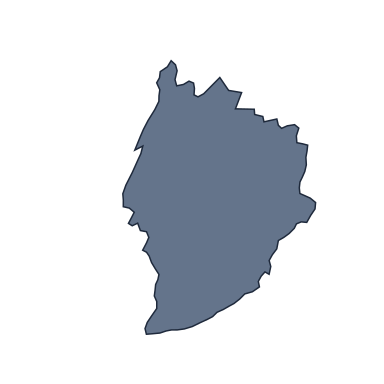 Arabutã, Santa Catarina, Brazil, rotated 232°
{"feature_id": "56859067B92044230546448", "entity_name": "Arabutã", "entity_type": "district", "adm_level": 2, "iso_a3": "BRA", "parent_name": "Brazil", "parent_adm1": "Santa Catarina", "projection": "equal_earth", "projection_center": [-52.181, -27.135], "detail": "fine", "context": "isolated", "style": "filled", "palette": "slate", "viewbox_px": 384, "rotation_deg": 232, "n_neighbors": 0, "source": "geoboundaries", "source_scale": "gbopen_adm2", "svg_char_len": 1608}
<svg xmlns="http://www.w3.org/2000/svg" viewBox="0 0 384 384"><g transform="rotate(232 192 192)"><path d="M299.8,231.4L292.4,229.6L288.1,225.2L283.8,221.7L279.8,213.4L275.4,201.4L271.2,192.2L267.7,185.8L260.2,172.7L258.5,181.5L253.7,175.3L251.0,170.0L244.2,157.1L238.1,144.1L233.2,136.4L227.9,132.9L222.7,128.8L217.9,132.7L211.6,134.0L208.8,128.0L206.4,122.6L202.2,124.1L200.9,130.0L193.4,127.6L188.7,131.7L182.8,130.0L180.0,125.0L176.5,117.3L172.5,119.1L167.9,118.8L161.3,116.7L154.0,115.8L147.4,115.2L143.9,111.1L141.5,106.4L137.3,102.4L133.3,98.3L127.4,96.8L121.9,92.5L119.2,83.8L116.8,76.5L113.3,70.9L108.0,68.5L104.7,73.5L100.6,79.9L98.4,86.1L96.0,90.8L92.4,95.5L88.8,101.7L85.8,109.4L84.0,118.0L82.1,126.1L81.1,131.5L81.8,137.6L80.1,144.7L79.3,150.5L78.3,156.4L78.3,163.7L79.2,170.8L76.2,178.2L75.7,186.7L80.7,189.2L83.1,194.7L84.1,200.3L79.7,202.1L84.8,208.2L90.5,210.6L93.1,216.7L95.0,223.8L100.6,230.2L99.7,236.7L99.5,243.1L100.4,250.2L102.6,254.7L101.2,259.7L97.4,263.7L100.5,271.1L102.9,278.5L107.6,282.9L114.4,281.4L119.9,278.5L124.4,276.1L129.2,279.1L133.4,283.2L135.8,288.1L138.7,293.5L143.0,298.8L149.2,303.1L153.4,307.8L157.7,312.0L161.9,308.8L166.3,305.0L172.0,308.8L176.6,315.5L181.9,314.3L185.5,307.8L187.0,301.8L191.4,301.1L197.3,303.8L203.0,291.9L207.9,294.3L214.5,289.1L218.9,292.0L230.8,277.4L239.8,292.3L249.5,283.4L265.1,284.4L262.2,261.7L263.3,255.3L267.3,253.4L272.1,257.7L276.9,260.3L281.2,257.9L282.0,251.5L285.1,245.3L291.0,247.8L296.7,254.9L302.4,257.3L308.3,256.4L305.8,249.7L306.4,241.1L302.0,236.7L299.8,231.4Z" fill="#64748b" stroke="#1e293b" stroke-width="1.5"/></g></svg>